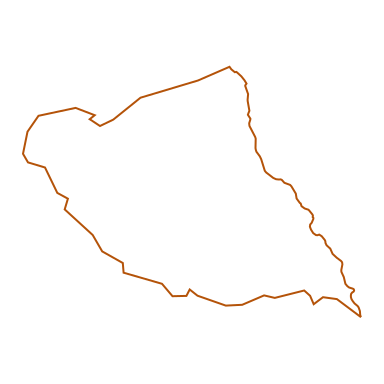 the district of Elbert, Georgia, United States of America
{"feature_id": "52423323B69267634512958", "entity_name": "Elbert", "entity_type": "district", "adm_level": 2, "iso_a3": "USA", "parent_name": "United States of America", "parent_adm1": "Georgia", "projection": "robinson", "projection_center": [-82.718, 34.122], "detail": "fine", "context": "isolated", "style": "outline", "palette": "amber", "viewbox_px": 384, "rotation_deg": 0, "n_neighbors": 0, "source": "geoboundaries", "source_scale": "gbopen_adm2", "svg_char_len": 1684}
<svg xmlns="http://www.w3.org/2000/svg" viewBox="0 0 384 384"><path d="M229.5,66.8L198.0,80.5L140.5,97.7L113.3,119.6L100.0,126.0L89.7,119.2L94.7,115.2L75.6,107.9L38.5,115.8L27.5,131.7L23.0,153.8L28.0,162.4L45.0,167.5L57.3,192.9L67.9,198.7L64.7,209.4L92.7,235.0L102.2,251.4L122.8,263.0L123.6,272.7L162.0,283.8L172.5,296.2L186.4,295.9L189.7,289.5L197.5,295.7L225.8,305.6L242.2,304.8L264.1,295.4L274.8,297.9L304.2,290.5L310.1,295.8L313.7,304.2L323.0,297.2L336.9,299.1L361.0,317.2L360.9,317.1L360.2,315.0L359.9,311.1L358.6,307.4L357.6,306.0L354.5,303.4L352.8,301.2L351.5,299.1L350.9,297.1L350.9,295.1L351.2,293.7L352.3,292.4L353.5,291.7L354.1,290.7L354.0,289.9L353.6,289.1L352.6,288.6L349.1,287.5L347.3,286.1L345.4,283.8L343.8,277.1L342.1,273.4L341.4,271.8L341.3,270.0L342.4,264.4L342.1,262.3L341.1,261.0L336.7,257.7L332.6,253.9L330.3,248.7L326.6,245.3L325.5,243.0L325.3,241.1L324.7,239.9L321.7,236.2L319.2,234.6L317.5,235.2L316.0,235.1L313.2,233.1L311.0,229.6L309.9,226.7L310.2,224.5L311.7,222.8L313.3,219.0L313.4,218.0L313.1,217.5L312.7,217.1L312.9,215.6L312.5,214.6L309.1,210.4L308.4,209.7L305.9,208.9L304.7,208.5L301.8,206.4L301.5,206.1L300.7,203.5L299.8,202.9L296.6,198.5L295.8,193.6L291.4,186.3L290.1,184.9L284.4,182.8L281.8,179.9L280.7,179.4L278.6,179.5L276.0,179.2L273.2,177.9L266.2,172.5L264.8,170.8L261.2,159.2L259.8,156.3L256.4,151.7L255.8,149.8L255.5,148.1L255.7,138.7L255.2,137.0L249.5,126.0L249.3,124.6L249.2,123.2L250.3,119.7L250.4,118.7L247.9,114.8L248.5,113.0L249.4,110.8L247.7,101.2L247.6,99.8L248.1,94.1L245.2,85.9L245.3,85.3L246.5,83.6L244.5,80.3L241.3,76.3L236.9,72.3L236.3,71.9L234.8,72.2L231.3,69.3L229.5,66.8Z" fill="none" stroke="#b45309" stroke-width="2"/></svg>